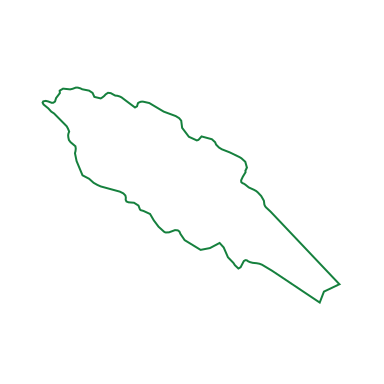 outline of Jõgeva, rotated 40°
{"feature_id": "EST-1657", "entity_name": "Jõgeva", "entity_type": "County", "adm_level": 1, "iso_a3": "EST", "parent_name": "Estonia", "parent_adm1": "", "projection": "equal_earth", "projection_center": [26.423, 58.721], "detail": "fine", "context": "isolated", "style": "outline", "palette": "green", "viewbox_px": 384, "rotation_deg": 40, "n_neighbors": 0, "source": "natural_earth", "source_scale": "10m", "svg_char_len": 1909}
<svg xmlns="http://www.w3.org/2000/svg" viewBox="0 0 384 384"><g transform="rotate(40 192 192)"><path d="M364.2,167.9L357.1,183.5L360.9,194.6L303.7,200.9L292.4,202.7L289.8,203.6L287.3,205.0L284.1,207.2L281.6,208.4L279.6,209.0L277.9,209.1L276.7,209.9L276.1,211.6L277.6,218.4L276.7,220.8L271.9,220.5L269.3,219.7L261.5,218.9L251.9,214.1L245.9,213.3L241.8,223.4L235.8,230.8L217.3,233.6L210.2,231.6L207.8,230.4L205.8,230.5L203.5,232.1L200.3,237.7L197.9,239.9L197.2,240.2L196.2,240.4L188.7,240.1L181.0,238.3L174.0,235.8L167.0,237.7L164.3,238.9L163.3,238.8L159.7,236.8L154.5,237.5L150.0,240.7L147.9,241.4L146.2,240.6L144.9,238.8L143.2,237.5L140.3,237.2L136.5,238.1L118.5,246.4L115.0,247.4L110.7,248.2L104.7,248.0L97.4,249.6L83.7,242.5L77.4,237.5L76.5,235.6L75.1,233.5L73.3,231.9L66.9,231.9L64.3,231.3L62.1,229.6L60.6,228.1L59.7,226.5L59.1,224.7L56.3,223.2L53.8,222.2L35.8,220.5L32.5,220.9L28.1,220.3L22.0,220.4L20.1,219.6L19.8,218.2L21.4,216.2L23.6,215.1L27.3,213.8L28.4,212.7L28.9,210.7L27.5,207.4L27.2,201.2L25.5,199.4L26.8,195.7L32.7,191.7L34.2,189.7L35.9,186.7L37.5,185.4L40.0,184.3L41.8,183.9L48.0,180.5L52.1,180.0L56.1,181.9L61.9,179.0L62.5,177.3L63.0,175.0L63.1,172.7L63.9,170.0L66.2,168.5L71.2,167.5L72.9,166.3L75.2,165.3L77.2,164.8L81.3,164.6L94.0,163.9L94.8,161.7L93.5,158.7L93.8,157.6L94.6,156.0L95.7,154.8L96.7,154.1L102.1,151.3L118.7,148.6L130.7,144.3L134.7,143.7L137.9,144.3L143.2,149.2L154.1,151.7L162.5,149.4L163.3,148.2L163.5,147.2L163.6,143.3L173.3,138.8L177.7,139.0L180.0,140.2L184.1,140.6L187.4,140.1L195.4,137.4L206.1,134.7L208.2,134.4L213.4,134.6L218.5,138.1L218.5,139.0L219.0,139.9L219.1,141.2L220.3,142.4L221.1,147.6L222.1,151.4L223.3,152.7L224.9,152.8L226.3,152.3L228.1,152.1L232.6,152.0L238.0,150.5L240.6,150.0L242.6,150.0L247.6,150.6L252.7,152.5L255.5,155.1L256.9,155.8L258.4,156.2L264.3,156.5L265.4,156.6L364.1,167.9L364.2,167.9Z" fill="none" stroke="#15803d" stroke-width="2"/></g></svg>